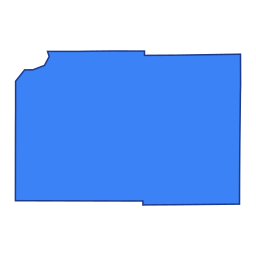 the district of Dane, Wisconsin, United States of America
{"feature_id": "52423323B17075543389139", "entity_name": "Dane", "entity_type": "district", "adm_level": 2, "iso_a3": "USA", "parent_name": "United States of America", "parent_adm1": "Wisconsin", "projection": "natural_earth1", "projection_center": [-89.414, 43.07], "detail": "fine", "context": "isolated", "style": "filled", "palette": "blue", "viewbox_px": 256, "rotation_deg": 0, "n_neighbors": 0, "source": "geoboundaries", "source_scale": "gbopen_adm2", "svg_char_len": 417}
<svg xmlns="http://www.w3.org/2000/svg" viewBox="0 0 256 256"><path d="M240.6,84.1L240.5,54.2L176.4,55.2L144.5,55.4L144.5,51.1L112.3,51.0L85.3,51.3L80.0,51.4L47.5,51.4L49.2,56.5L44.5,65.4L32.9,69.8L24.6,69.9L15.6,81.2L15.6,111.2L15.5,126.2L15.4,200.7L142.9,201.0L142.9,205.0L144.5,204.9L175.2,204.7L239.5,204.1L239.6,174.0L239.8,143.8L240.4,94.0L240.6,84.1Z" fill="#3b82f6" stroke="#1e3a8a" stroke-width="1.5"/></svg>